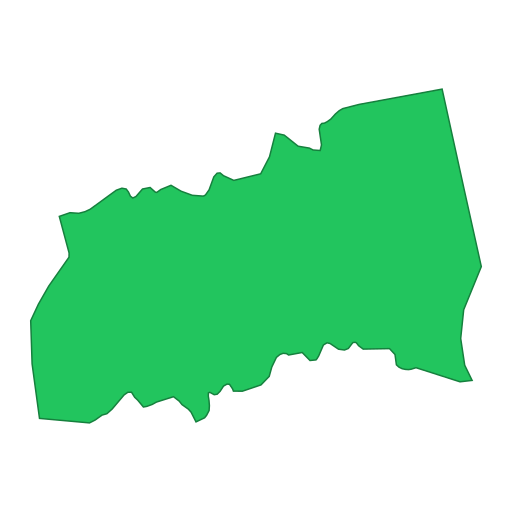 map outline of Tartu (orthographic projection)
{"feature_id": "EST-1659", "entity_name": "Tartu", "entity_type": "County", "adm_level": 1, "iso_a3": "EST", "parent_name": "Estonia", "parent_adm1": "", "projection": "orthographic", "projection_center": [26.767, 58.415], "detail": "fine", "context": "isolated", "style": "filled", "palette": "green", "viewbox_px": 512, "rotation_deg": 0, "n_neighbors": 0, "source": "natural_earth", "source_scale": "10m", "svg_char_len": 1747}
<svg xmlns="http://www.w3.org/2000/svg" viewBox="0 0 512 512"><path d="M442.1,89.1L448.4,117.8L463.8,187.9L481.3,266.6L463.7,309.7L460.7,338.5L464.7,365.2L472.1,380.4L460.0,381.8L416.0,367.7L411.2,369.2L408.6,369.6L405.4,369.4L402.1,368.7L398.9,367.1L396.4,364.8L395.0,354.5L389.5,348.6L363.2,349.1L358.6,345.7L356.4,342.8L355.1,342.3L352.8,342.6L348.3,348.5L344.5,350.0L338.5,349.2L330.1,343.5L327.0,342.8L323.4,345.0L318.7,355.9L317.0,358.7L316.0,359.9L310.0,360.5L302.2,352.5L288.6,355.0L286.5,353.6L283.1,353.3L279.9,354.5L276.4,357.4L271.8,367.0L269.2,376.4L261.0,384.9L242.4,391.2L233.4,391.1L232.6,388.9L229.5,384.3L227.0,384.1L223.5,386.1L220.1,391.3L217.2,394.2L214.2,394.7L209.8,392.3L208.4,392.9L208.3,396.1L209.0,400.5L209.4,405.6L209.1,410.5L206.6,415.3L204.6,417.8L196.0,421.9L191.1,412.2L188.3,409.1L182.0,404.6L179.2,401.1L173.5,396.7L156.4,402.1L152.3,404.4L146.8,406.4L143.4,407.0L137.6,400.0L134.7,397.3L131.5,392.2L127.8,392.3L124.1,394.9L112.1,409.1L106.9,413.7L102.0,415.1L95.2,420.0L89.5,422.9L39.5,418.4L32.1,363.9L30.7,320.7L38.4,304.2L48.8,286.0L69.0,257.2L69.1,253.0L59.3,216.4L70.0,212.7L78.8,213.3L84.9,211.7L90.1,209.3L116.3,190.2L121.9,188.2L126.2,189.0L128.5,192.1L130.4,196.2L132.8,198.0L136.0,196.5L142.5,189.0L150.1,187.5L155.4,192.2L156.8,192.4L160.8,189.5L171.0,185.3L181.1,191.2L192.3,195.3L203.2,196.1L204.5,195.6L205.6,194.8L209.1,189.8L213.8,176.9L217.1,173.2L220.1,172.9L223.5,175.7L233.8,180.4L260.7,173.8L269.5,156.8L275.5,133.2L284.2,135.1L298.1,146.2L309.4,148.1L313.1,150.0L320.2,150.5L321.5,144.9L319.2,129.2L320.1,125.3L321.9,123.4L324.3,123.2L327.2,121.7L330.8,119.1L335.5,113.9L339.2,110.7L342.8,108.6L359.2,104.4L442.1,89.1L442.1,89.1Z" fill="#22c55e" stroke="#15803d" stroke-width="1.5"/></svg>